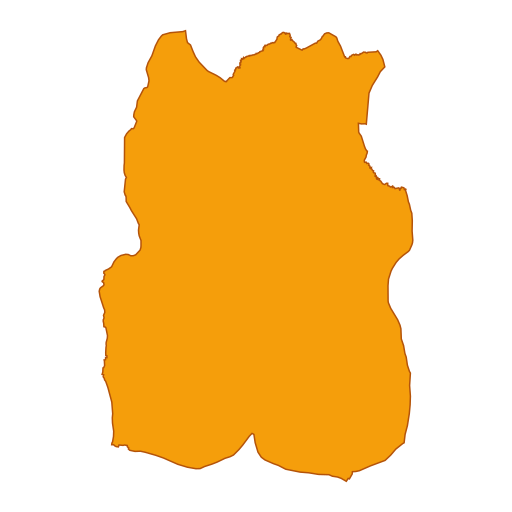 the district of Nong Bun Mak, Nakhon Ratchasima, Thailand
{"feature_id": "78962969B63002295822353", "entity_name": "Nong Bun Mak", "entity_type": "district", "adm_level": 2, "iso_a3": "THA", "parent_name": "Thailand", "parent_adm1": "Nakhon Ratchasima", "projection": "natural_earth1", "projection_center": [102.371, 14.724], "detail": "fine", "context": "isolated", "style": "filled", "palette": "amber", "viewbox_px": 512, "rotation_deg": 0, "n_neighbors": 0, "source": "geoboundaries", "source_scale": "gbopen_adm2", "svg_char_len": 5919}
<svg xmlns="http://www.w3.org/2000/svg" viewBox="0 0 512 512"><path d="M185.5,30.7L182.9,31.6L170.2,32.7L162.7,34.8L161.3,36.1L158.5,39.8L155.4,45.9L151.9,55.8L148.1,62.7L146.4,67.9L146.3,69.8L148.6,77.6L149.0,80.8L147.8,86.3L147.4,87.2L146.7,87.6L144.9,87.9L143.8,88.6L143.4,89.4L137.4,100.9L136.6,107.2L134.4,111.8L133.8,114.8L133.7,116.8L136.6,120.7L136.7,121.4L134.1,127.9L133.2,128.7L131.5,128.6L130.6,129.8L129.0,131.0L126.6,133.8L124.6,137.5L124.4,163.0L124.1,165.5L124.0,170.1L124.3,172.8L125.2,175.5L126.4,177.4L125.5,179.2L124.2,191.8L125.2,195.2L125.6,195.4L126.1,197.1L126.2,201.5L126.5,202.0L129.8,207.5L131.4,210.6L136.6,218.8L138.4,223.5L139.2,224.7L138.5,230.1L138.7,233.2L139.2,235.8L141.0,240.5L141.0,245.7L140.9,247.5L140.1,250.1L135.7,254.8L133.3,255.7L130.9,255.8L128.2,254.5L125.7,254.3L120.9,255.5L117.8,257.3L116.4,258.7L114.0,261.8L111.6,266.8L108.5,269.0L105.2,270.5L104.5,271.4L103.9,271.4L103.8,273.2L104.7,274.2L104.9,274.9L104.0,276.5L103.9,279.3L103.6,279.9L102.3,280.8L102.1,281.4L102.4,281.9L103.6,282.5L104.0,284.8L103.3,285.8L100.5,287.8L99.7,289.0L99.2,291.3L100.1,296.7L103.6,307.6L104.6,309.9L104.8,312.4L103.5,315.4L104.0,317.3L103.8,318.8L103.3,319.6L103.2,321.1L103.7,323.4L103.9,326.7L105.5,327.2L105.9,327.8L107.5,335.6L107.3,338.3L106.2,342.3L106.1,344.0L106.3,345.8L106.0,347.3L105.7,352.7L105.8,355.4L106.9,355.8L106.9,357.6L105.6,357.5L105.5,359.7L104.1,360.0L104.4,360.9L104.6,365.6L103.7,367.6L103.0,367.9L102.8,372.0L102.1,374.4L103.6,374.7L103.2,376.8L104.3,378.4L104.6,379.9L105.7,381.3L107.9,387.5L111.8,402.1L112.7,413.8L112.3,417.8L112.5,423.1L113.7,431.2L113.5,436.5L112.6,441.7L111.9,443.1L111.7,444.7L113.6,444.7L114.7,445.8L116.2,446.6L118.4,446.9L119.0,445.0L123.1,445.4L124.6,445.0L127.3,445.5L127.3,446.7L128.7,448.0L128.4,449.0L129.8,450.3L135.0,451.4L140.4,451.2L145.0,452.2L155.8,455.3L163.5,458.0L177.8,464.3L187.4,467.2L195.9,468.7L200.1,468.6L204.6,466.5L212.0,464.1L217.1,462.1L225.0,458.3L230.1,456.7L233.5,455.0L238.9,449.6L242.7,445.1L249.3,436.2L252.0,433.4L253.9,434.4L255.2,442.8L258.0,452.2L261.3,457.2L264.9,459.9L273.3,463.6L278.4,465.4L285.7,469.2L300.1,472.1L308.8,472.8L318.5,474.4L329.0,474.7L332.3,476.2L337.5,477.0L341.1,478.3L346.3,481.3L348.2,478.4L349.4,478.9L352.2,474.0L352.4,471.7L355.8,471.5L359.4,470.7L370.6,465.8L385.1,460.4L390.7,455.1L395.8,449.1L402.8,443.5L404.1,442.8L405.1,434.4L407.4,425.6L409.3,413.6L410.1,405.0L410.4,396.2L409.6,385.5L410.4,373.1L409.4,371.3L407.4,365.2L406.2,357.1L404.9,353.4L403.6,345.7L401.3,338.9L400.9,328.8L400.0,325.2L397.6,319.7L390.7,308.3L388.4,302.8L388.1,301.1L388.0,285.7L388.5,279.1L391.0,271.2L392.4,268.3L396.1,262.4L399.1,258.9L403.2,255.3L408.3,251.5L409.5,250.2L411.9,244.8L412.5,242.8L412.8,240.2L412.1,231.0L412.3,220.8L411.8,213.2L410.7,210.3L409.4,204.3L408.4,201.8L407.2,195.8L405.5,190.3L405.9,189.3L405.4,189.0L404.4,189.5L403.9,187.8L401.5,187.1L401.1,187.4L401.0,188.4L399.9,188.8L400.1,189.9L399.7,190.1L399.5,189.8L399.3,188.3L398.7,187.9L395.0,188.6L394.3,187.4L392.7,187.5L393.0,186.4L392.7,186.0L391.5,186.8L390.4,187.0L389.6,186.2L387.8,185.6L387.7,183.3L386.4,183.3L384.8,184.5L384.1,184.4L382.4,183.6L380.8,181.2L379.0,180.0L379.1,179.5L379.6,179.1L379.6,178.8L378.3,178.6L377.8,177.7L377.4,178.1L377.4,179.3L376.8,179.1L376.4,178.1L376.7,177.3L376.2,175.9L375.5,176.5L375.1,176.3L375.3,173.7L375.1,173.1L373.6,172.7L373.3,172.1L373.6,170.9L372.4,170.3L371.8,169.0L371.0,168.7L371.4,167.5L369.9,167.8L370.0,166.2L368.7,165.3L369.0,164.3L368.8,163.7L368.1,163.2L366.9,163.5L366.1,162.1L364.8,162.4L364.4,162.0L364.3,160.2L366.0,157.1L366.4,154.9L367.1,153.2L367.4,151.2L366.6,150.7L365.4,148.7L364.4,146.1L361.3,136.2L359.2,133.2L358.7,132.1L358.4,123.3L361.5,123.9L365.2,123.8L366.3,124.2L369.0,93.1L372.3,85.4L377.6,76.9L380.3,71.7L384.8,66.9L382.9,59.4L380.9,55.2L377.7,50.7L376.2,51.8L367.8,52.3L367.2,52.9L366.1,52.9L365.7,52.3L363.5,52.1L361.9,53.4L361.2,53.4L360.7,54.0L360.1,53.8L360.1,54.3L359.6,54.7L358.3,55.0L357.9,54.7L356.9,55.0L356.4,54.9L356.1,54.2L355.4,54.3L354.6,55.2L353.6,54.4L351.5,55.4L351.0,56.5L349.9,56.5L348.8,58.4L347.8,58.6L346.0,58.1L345.5,57.7L345.4,56.8L344.7,56.9L344.4,56.2L340.5,46.1L337.8,41.2L336.8,38.0L335.9,36.8L328.8,32.8L326.8,32.9L324.6,33.8L322.7,36.4L322.3,36.5L321.5,38.3L320.4,39.8L317.8,41.2L316.6,43.2L315.4,43.1L306.4,48.0L304.3,48.9L303.1,48.9L302.4,50.0L301.7,50.0L296.2,47.3L296.1,46.9L296.7,45.5L296.0,44.6L295.9,43.4L294.9,43.1L294.4,42.2L292.9,41.0L291.9,39.6L291.1,40.2L290.6,40.1L290.5,39.2L291.1,37.4L289.8,36.7L290.2,35.3L289.5,33.4L288.7,33.6L288.0,33.3L287.2,33.6L286.7,33.2L286.1,34.0L285.5,34.1L285.3,33.8L285.6,33.6L285.5,33.1L285.0,33.1L283.8,32.4L282.4,32.6L281.2,34.0L280.5,34.0L280.3,34.4L279.2,34.8L278.8,36.0L277.4,36.8L277.0,38.2L277.0,39.1L274.7,42.6L274.2,42.4L273.4,42.9L272.2,42.6L271.6,43.3L270.6,43.2L269.7,44.1L269.0,44.0L267.9,44.4L267.1,45.3L265.9,45.3L265.4,45.8L265.0,45.4L264.6,46.0L264.8,46.7L263.9,46.8L263.3,47.7L263.3,48.5L263.6,48.9L263.0,49.3L262.8,50.1L263.1,50.6L259.8,51.7L259.6,52.4L258.2,52.8L258.0,53.2L257.2,53.6L256.2,53.4L256.0,54.1L255.0,54.3L254.7,54.7L252.5,55.0L251.8,55.5L251.4,55.3L250.6,55.4L249.8,56.0L249.2,55.5L248.5,56.1L246.8,56.4L246.6,56.8L245.9,56.8L245.6,57.4L244.7,57.6L244.0,58.5L243.5,57.7L243.2,58.8L242.8,59.0L242.6,58.6L242.1,58.9L241.6,58.7L241.7,59.6L240.5,60.3L240.6,60.7L241.1,61.0L241.0,61.9L240.6,62.1L240.6,62.7L240.1,62.6L239.9,63.0L239.9,64.3L240.6,64.9L239.5,66.3L239.6,67.2L240.0,67.6L239.9,67.9L239.2,67.7L238.8,68.1L238.4,67.8L238.3,67.1L237.4,66.9L236.8,67.7L235.8,68.1L235.8,69.0L235.3,69.4L235.4,69.9L234.7,70.3L235.0,71.1L233.2,74.4L233.6,75.4L232.9,76.3L232.8,76.9L232.1,77.6L229.9,77.6L226.7,81.0L226.5,81.6L225.8,81.7L225.2,81.3L224.6,81.4L220.1,77.7L216.4,75.4L208.5,71.5L207.0,70.4L199.1,62.1L195.5,56.9L193.0,51.4L190.5,45.0L187.5,42.6L186.5,38.9L185.5,30.7Z" fill="#f59e0b" stroke="#b45309" stroke-width="1.5"/></svg>